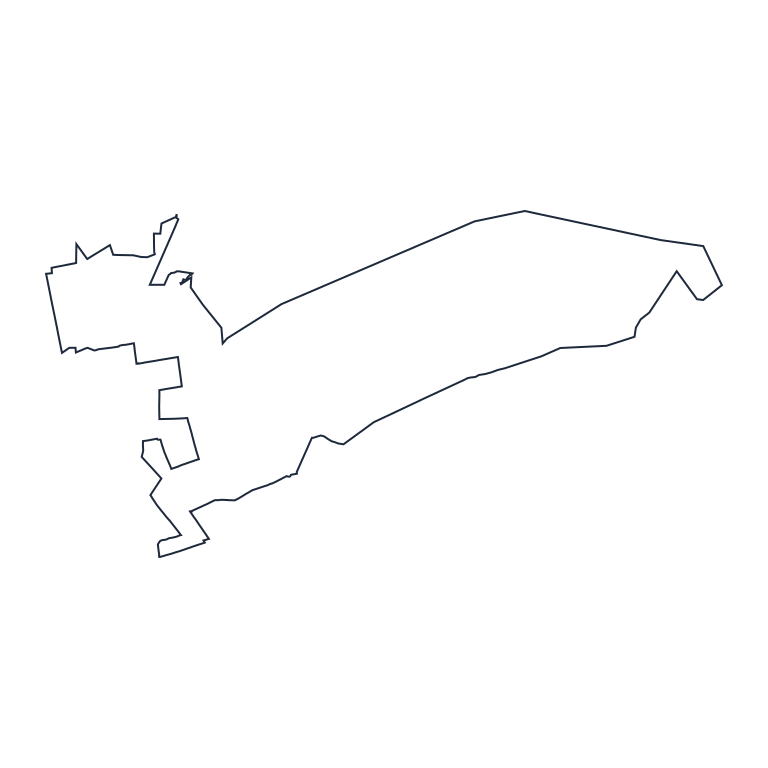 outline of San Pablo Etla, Oaxaca, Mexico
{"feature_id": "50627088B64488594618490", "entity_name": "San Pablo Etla", "entity_type": "district", "adm_level": 2, "iso_a3": "MEX", "parent_name": "Mexico", "parent_adm1": "Oaxaca", "projection": "natural_earth1", "projection_center": [-96.767, 17.155], "detail": "fine", "context": "isolated", "style": "outline", "palette": "slate", "viewbox_px": 768, "rotation_deg": 0, "n_neighbors": 0, "source": "geoboundaries", "source_scale": "gbopen_adm2", "svg_char_len": 5136}
<svg xmlns="http://www.w3.org/2000/svg" viewBox="0 0 768 768"><path d="M62.0,352.9L69.3,347.8L75.5,347.8L75.9,352.5L84.2,349.0L84.5,348.8L84.8,348.7L85.2,348.6L87.5,347.8L94.4,350.5L96.9,349.9L98.1,349.3L112.0,347.6L118.6,346.6L119.0,346.1L119.2,345.9L119.6,345.7L121.2,345.3L121.6,345.2L123.7,344.9L124.9,344.8L125.3,344.9L127.7,344.4L128.5,344.3L130.1,344.0L131.7,343.6L133.9,343.3L134.5,348.1L134.9,351.8L135.5,356.1L136.3,362.0L136.5,363.7L138.1,363.4L138.1,363.7L141.3,363.2L143.9,362.7L145.4,362.4L148.5,361.9L154.1,361.0L156.0,360.7L157.4,360.4L159.4,360.1L159.8,360.0L164.6,359.2L167.2,358.8L171.1,358.1L171.3,358.1L177.9,357.0L178.4,360.7L178.9,364.9L178.9,365.0L179.5,369.2L180.1,373.5L180.7,377.9L181.3,382.3L181.8,386.4L179.2,386.8L175.4,387.5L175.2,387.5L168.4,388.6L161.5,389.8L159.3,390.2L159.4,392.6L159.4,394.6L159.4,396.8L159.3,399.2L159.3,400.4L159.3,402.1L159.2,404.1L159.2,406.5L159.2,408.2L159.3,413.0L159.4,419.1L162.8,419.0L168.3,418.9L169.3,418.9L175.7,418.7L183.8,418.3L187.2,418.0L187.3,418.3L187.6,419.0L188.2,421.7L188.8,423.6L189.0,424.1L189.6,426.1L189.9,427.4L191.2,431.8L191.8,434.0L192.0,434.9L192.3,436.1L192.7,437.7L192.8,438.0L193.2,439.5L194.8,445.6L195.0,446.0L195.5,447.9L195.9,449.5L196.0,449.9L196.4,451.2L197.2,453.9L197.3,454.1L197.9,456.0L198.8,458.9L198.9,459.2L197.1,459.7L195.6,460.2L194.5,460.6L187.8,462.9L185.4,463.8L182.8,464.6L180.4,465.5L178.3,466.5L171.3,468.9L171.1,468.2L170.9,467.8L170.1,465.7L169.8,465.0L168.9,463.0L168.3,461.5L167.6,460.0L167.0,458.6L166.3,456.9L165.9,455.9L165.3,454.4L164.5,452.6L163.6,449.8L163.5,449.5L162.5,446.4L162.3,446.2L161.8,444.2L160.5,439.7L159.0,439.7L158.9,439.7L158.1,439.7L157.6,439.6L157.0,438.7L147.5,440.5L143.0,441.1L142.9,445.0L143.2,450.4L142.8,452.5L141.7,456.9L153.0,469.2L161.4,478.5L155.1,488.0L152.5,491.9L151.1,494.1L150.4,495.1L151.2,496.3L153.1,499.4L154.8,501.9L156.5,504.5L157.9,506.4L158.5,507.1L161.1,510.4L162.4,512.0L163.7,513.5L164.5,514.6L164.8,515.0L165.0,515.2L166.6,517.2L169.9,520.9L178.7,532.1L180.8,535.0L180.7,535.0L176.7,536.6L175.8,536.9L171.7,537.8L168.9,538.2L167.5,539.0L166.6,539.4L165.4,539.7L161.8,540.2L160.3,540.9L159.1,542.3L157.9,544.4L157.9,544.9L158.2,547.3L158.6,550.8L159.2,554.8L159.0,555.6L159.2,556.4L159.3,557.0L159.7,556.9L160.2,556.9L161.1,556.6L163.9,555.9L165.3,555.4L167.1,554.9L169.3,554.3L171.5,553.7L175.1,552.5L177.0,551.9L179.9,551.1L180.9,550.7L184.2,549.6L187.5,548.4L190.7,547.4L190.9,547.3L191.1,547.1L193.7,546.3L195.7,545.6L196.9,545.2L202.5,543.4L204.8,542.6L203.5,540.5L208.9,538.9L207.6,537.0L206.0,534.6L203.7,531.3L203.2,530.6L202.3,529.2L201.1,527.5L198.9,524.3L197.1,521.6L195.2,518.8L193.8,517.0L190.0,511.4L190.9,511.2L191.6,511.8L192.4,510.7L194.6,509.7L197.0,508.6L202.7,506.0L204.8,505.0L205.2,504.9L205.4,504.8L207.3,503.9L209.5,502.8L210.1,502.5L212.3,501.4L212.9,501.1L213.2,501.0L214.2,500.5L215.2,500.1L215.3,500.1L215.8,500.1L218.6,500.2L218.9,500.1L219.7,499.9L221.2,499.9L221.8,499.8L223.4,499.9L225.0,499.9L226.0,500.0L227.1,500.0L227.6,500.0L228.1,500.2L229.4,500.2L231.1,500.2L232.6,500.3L234.4,500.3L235.4,500.1L236.0,499.8L236.1,499.6L236.3,499.4L236.7,499.4L237.3,499.2L237.7,498.9L238.0,498.7L238.6,498.4L239.6,497.8L242.8,495.9L244.7,494.7L244.9,494.6L245.2,494.4L245.6,494.1L248.3,492.6L252.0,490.4L252.6,490.1L255.1,489.3L261.7,487.1L264.4,486.2L267.7,485.2L270.7,483.7L270.9,483.8L271.1,483.8L271.2,483.7L271.7,483.5L272.0,483.5L272.3,483.4L272.5,483.3L272.8,483.2L273.1,483.0L274.4,482.4L275.5,481.9L286.7,476.1L287.2,476.3L287.9,476.6L288.6,476.6L289.1,476.7L289.7,476.6L290.1,476.3L290.5,475.8L290.8,475.3L291.0,474.8L293.0,474.4L294.9,474.1L296.9,473.7L296.8,473.1L296.8,472.5L296.7,472.1L310.7,440.5L311.9,437.8L313.3,437.8L317.3,436.5L320.8,435.5L324.2,436.4L327.8,438.9L331.5,441.2L335.2,442.3L338.3,443.5L343.5,444.3L373.8,422.2L407.6,406.3L424.5,398.3L464.8,379.6L467.4,378.2L470.5,377.5L475.4,377.0L478.9,375.0L485.3,374.0L491.5,372.3L498.0,369.9L504.7,368.3L541.4,356.3L560.3,348.0L606.5,345.8L634.5,336.8L635.9,327.6L640.7,319.3L649.3,312.6L661.8,293.7L676.7,271.2L697.0,299.2L703.2,300.0L721.9,285.2L703.5,246.6L703.3,246.1L660.8,240.1L524.7,211.0L474.5,221.4L281.5,304.1L260.1,317.6L227.2,338.3L222.7,343.5L221.4,327.8L202.8,304.7L190.7,287.5L191.3,277.4L181.0,284.2L180.5,283.1L182.1,282.6L183.4,279.3L185.3,279.9L186.4,279.7L187.2,277.9L190.0,274.8L191.3,274.8L192.5,273.4L180.4,271.6L179.0,271.3L176.4,271.4L175.8,272.0L174.1,272.7L172.2,272.9L171.0,273.1L170.3,273.9L168.7,275.0L164.3,284.8L149.8,284.8L163.2,254.2L170.8,236.8L175.7,225.6L176.5,223.4L177.1,222.2L178.1,219.9L178.3,219.3L177.2,218.4L176.1,217.7L175.7,217.4L176.6,216.6L176.7,215.8L176.7,215.2L176.6,214.7L176.6,214.1L176.0,216.9L161.5,223.5L161.3,225.0L160.3,233.7L153.9,233.6L154.0,243.9L154.2,252.0L154.8,254.3L147.3,257.2L140.9,257.0L139.8,256.7L133.4,255.3L118.3,255.0L113.2,254.8L109.9,245.1L87.2,259.0L76.4,244.1L76.1,263.0L51.6,267.8L51.9,273.2L46.1,273.8L50.7,296.8L50.9,298.0L52.1,303.8L52.2,304.4L54.3,314.5L55.0,318.0L57.2,328.9L57.7,331.6L57.8,332.1L57.9,332.7L60.6,346.1L61.4,350.1L62.0,352.9Z" fill="none" stroke="#1e293b" stroke-width="2"/></svg>